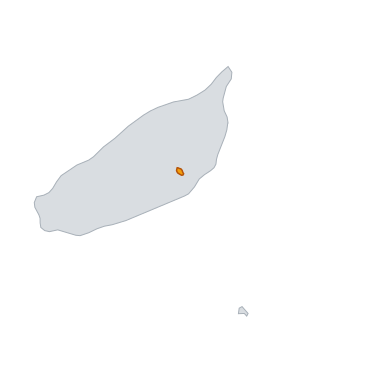 Taiwan, with Chiayi City highlighted, rotated 218°
{"feature_id": "TWN-1171", "entity_name": "Chiayi City", "entity_type": "Provincial City", "adm_level": 1, "iso_a3": "TWN", "parent_name": "Taiwan", "parent_adm1": "", "projection": "albers", "projection_center": [120.447, 23.481], "detail": "fine", "context": "in_parent", "style": "filled", "palette": "amber", "viewbox_px": 384, "rotation_deg": 218, "n_neighbors": 0, "source": "natural_earth", "source_scale": "10m", "svg_char_len": 1209}
<svg xmlns="http://www.w3.org/2000/svg" viewBox="0 0 384 384"><g transform="rotate(218 192 192)"><path d="M251.9,262.9L247.8,271.3L244.5,280.3L243.2,288.7L243.3,297.4L242.4,305.3L240.8,313.1L234.3,310.9L230.7,305.3L229.9,296.2L225.2,285.1L223.4,282.0L216.6,275.8L210.5,272.7L205.7,268.2L206.4,268.6L202.8,262.4L200.2,255.9L194.7,237.3L192.8,232.8L190.3,228.7L189.6,224.7L190.5,220.2L192.8,213.5L194.3,206.7L193.2,197.5L193.6,188.4L195.4,184.3L226.5,128.8L234.8,117.0L240.0,111.1L244.2,104.6L248.3,96.3L253.3,88.7L256.9,86.4L274.5,79.5L279.9,73.0L284.3,70.9L289.3,71.0L292.6,74.1L295.5,77.7L298.5,79.7L306.4,83.2L309.8,86.6L311.5,92.6L306.8,98.3L304.4,103.4L304.0,109.0L305.0,116.7L305.2,124.3L299.3,142.4L293.0,153.6L291.3,159.2L289.5,173.1L285.8,187.0L282.7,204.7L277.5,222.9L274.6,230.5L270.9,237.8L262.0,251.6L251.9,262.9ZM80.5,124.7L83.3,129.5L82.0,132.5L73.0,130.8L72.5,127.9L76.0,128.5L80.5,124.7Z" fill="#d9dde1" stroke="#a8b0b8" stroke-width="1"/><path d="M214.9,198.2L216.3,198.7L217.3,199.3L217.9,200.3L218.6,202.0L217.8,202.5L216.7,202.7L215.0,203.4L213.1,203.0L211.3,201.8L209.8,201.2L209.6,199.8L210.5,198.8L212.9,198.4L214.9,198.2Z" fill="#f59e0b" stroke="#b45309" stroke-width="1.5"/></g></svg>